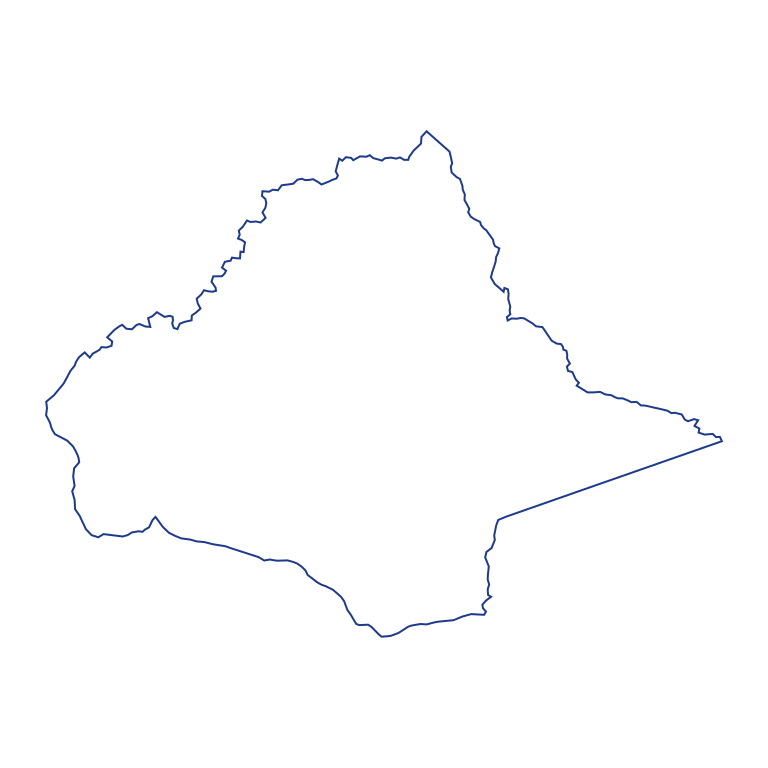 Belém do São Francisco, Pernambuco, Brazil (Albers equal-area conic projection)
{"feature_id": "56859067B50244249389471", "entity_name": "Belém do São Francisco", "entity_type": "district", "adm_level": 2, "iso_a3": "BRA", "parent_name": "Brazil", "parent_adm1": "Pernambuco", "projection": "albers", "projection_center": [-38.984, -8.567], "detail": "fine", "context": "isolated", "style": "outline", "palette": "blue", "viewbox_px": 768, "rotation_deg": 0, "n_neighbors": 0, "source": "geoboundaries", "source_scale": "gbopen_adm2", "svg_char_len": 4040}
<svg xmlns="http://www.w3.org/2000/svg" viewBox="0 0 768 768"><path d="M721.9,441.2L719.9,436.9L716.0,437.1L712.7,433.9L704.7,434.6L698.6,432.6L699.4,428.6L694.5,425.9L698.1,420.3L694.2,419.1L688.0,421.2L684.8,419.6L681.8,414.5L675.1,412.8L671.3,413.1L667.7,410.8L662.1,409.4L645.2,405.6L640.9,405.4L636.6,401.9L631.3,402.2L628.4,400.7L622.8,398.4L617.9,398.3L614.9,397.2L611.3,395.2L605.5,394.5L600.1,391.9L593.2,392.4L587.6,392.4L576.7,385.7L578.9,382.7L575.8,379.5L574.4,376.5L572.4,372.1L568.0,370.9L566.9,366.6L569.9,363.6L567.1,358.6L567.2,354.6L566.4,350.8L563.4,349.6L562.8,346.6L561.0,344.1L556.7,343.6L551.7,340.7L547.5,334.6L544.8,330.5L542.4,327.1L536.0,326.3L532.2,323.2L524.0,318.3L520.5,318.0L516.9,318.7L511.6,318.5L507.7,320.5L506.9,317.1L510.3,314.3L509.6,310.5L510.3,306.7L508.2,299.0L508.6,293.7L507.9,289.3L504.4,288.0L503.6,291.8L500.4,288.9L494.7,284.0L490.9,277.4L492.4,271.7L494.5,265.4L495.7,261.4L496.1,257.1L498.0,253.1L499.3,248.4L495.0,246.1L493.7,243.3L493.1,239.8L489.6,234.9L486.3,230.3L483.5,228.1L480.9,224.9L480.2,222.0L474.2,219.0L470.7,216.6L468.2,212.2L469.3,208.9L466.9,204.3L464.5,200.0L464.8,194.3L462.8,189.9L462.4,185.7L460.0,179.0L456.5,177.0L451.6,172.4L450.8,166.5L452.2,163.3L450.8,156.9L449.5,151.6L426.6,131.3L421.5,136.8L421.0,143.6L413.6,150.6L409.3,156.7L408.2,159.9L404.2,159.9L400.0,157.4L396.3,158.6L391.0,157.6L384.8,158.3L382.0,160.6L377.7,159.3L373.2,158.1L369.8,155.2L366.5,156.7L360.0,156.4L353.2,160.2L351.2,157.9L345.9,157.2L342.3,160.7L339.2,158.6L337.6,164.1L335.7,171.3L337.9,175.5L336.5,178.4L332.2,179.9L329.2,181.4L321.5,184.5L317.9,181.9L313.0,179.2L308.6,180.0L305.3,180.1L301.8,178.8L297.4,179.7L293.3,183.7L289.3,184.3L281.7,185.3L278.0,190.3L272.7,189.7L269.1,191.7L262.5,191.2L262.0,196.0L265.4,199.0L266.3,203.2L265.4,207.7L262.5,212.4L265.6,217.9L260.6,222.5L255.9,221.5L250.5,222.0L247.0,220.5L242.7,226.9L238.8,230.6L239.7,234.8L238.0,238.6L241.6,239.9L245.0,242.3L244.1,247.4L243.6,252.1L240.5,251.6L240.0,258.4L236.5,258.3L232.0,257.6L230.6,260.7L224.9,261.8L222.0,267.6L226.1,270.7L224.5,273.7L222.0,276.2L218.7,276.3L213.3,276.3L211.5,281.7L215.6,287.7L216.0,290.9L212.4,291.7L208.1,291.3L204.0,290.2L201.3,294.4L196.7,298.7L197.7,303.3L200.5,308.6L195.7,312.8L191.8,315.5L191.6,320.3L184.5,321.9L179.8,323.7L177.4,329.1L173.8,328.0L172.2,323.5L173.0,320.2L172.6,316.8L169.7,315.8L164.6,316.9L156.9,312.2L152.4,316.2L148.1,318.2L150.3,326.9L145.3,326.5L139.4,324.0L136.5,325.0L131.9,329.3L126.3,328.7L122.2,324.8L118.9,326.6L114.3,330.0L107.2,337.3L112.2,341.5L111.5,345.8L106.5,347.5L101.5,347.1L99.6,349.7L97.0,351.3L92.9,353.5L89.8,357.6L84.7,352.4L79.1,357.1L76.0,361.9L74.7,365.6L70.4,370.9L67.8,375.9L63.6,383.6L53.8,395.4L46.2,401.7L47.0,408.1L46.1,415.2L50.0,422.7L51.2,427.1L52.6,430.5L55.0,434.2L67.2,440.6L73.1,446.5L75.6,450.9L77.3,454.5L78.5,457.7L79.2,462.3L74.1,468.3L73.2,476.6L74.6,485.9L72.2,491.2L74.6,499.9L75.1,509.2L79.7,515.9L85.8,529.0L91.5,535.1L98.3,537.3L103.5,534.1L122.7,536.5L127.6,535.1L132.0,532.4L138.4,531.3L142.5,531.8L145.0,529.6L149.1,527.3L152.5,520.1L155.5,516.9L162.9,527.0L169.1,532.9L175.2,535.9L181.4,538.4L190.5,539.6L196.6,541.4L200.1,541.7L204.6,542.1L208.8,543.2L212.7,544.2L218.9,545.2L225.3,546.2L231.5,548.4L238.7,550.7L258.8,557.2L264.2,560.5L270.0,559.5L273.4,560.2L277.2,560.7L287.5,560.4L293.0,561.9L297.3,563.6L301.7,566.7L305.5,570.5L307.7,575.0L317.1,582.2L321.2,584.6L326.2,586.4L333.1,589.9L341.0,596.8L344.1,601.1L347.4,610.0L350.7,614.6L356.2,623.9L359.2,625.1L368.1,624.7L371.6,627.0L378.1,633.7L381.5,636.7L387.7,636.2L390.8,635.8L395.0,634.3L398.6,632.9L408.0,626.8L411.3,625.6L420.4,624.0L426.7,624.4L433.9,622.5L438.0,621.7L453.5,620.2L462.2,616.6L471.2,614.1L484.1,614.8L486.0,611.6L482.9,608.1L482.4,604.6L486.1,600.5L491.1,596.8L488.1,595.0L487.7,589.3L489.2,584.5L487.7,579.5L487.9,575.0L488.8,566.5L485.2,557.4L486.4,552.0L491.6,548.0L494.8,540.0L494.2,535.4L496.2,525.5L498.2,520.0L506.0,516.7L601.1,483.4L642.0,469.1L721.9,441.2Z" fill="none" stroke="#1e3a8a" stroke-width="2"/></svg>